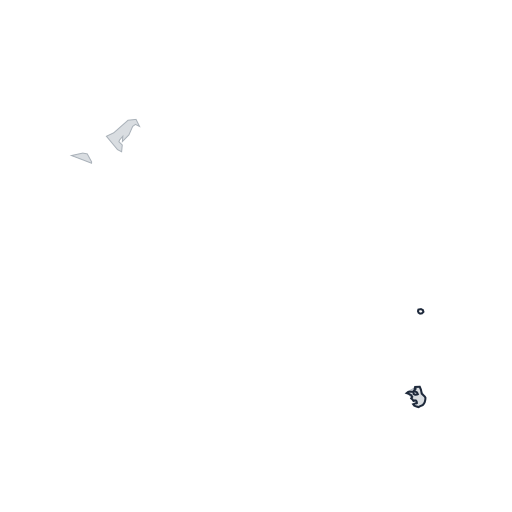 Vava'u highlighted on a map of Tonga, rotated 109°
{"feature_id": "TON-4946", "entity_name": "Vava'u", "entity_type": "state/province", "adm_level": 1, "iso_a3": "TON", "parent_name": "Tonga", "parent_adm1": "", "projection": "robinson", "projection_center": [-174.104, -18.692], "detail": "fine", "context": "in_parent", "style": "outline", "palette": "slate", "viewbox_px": 512, "rotation_deg": 109, "n_neighbors": 0, "source": "natural_earth", "source_scale": "10m", "svg_char_len": 1166}
<svg xmlns="http://www.w3.org/2000/svg" viewBox="0 0 512 512"><g transform="rotate(109 256 256)"><path d="M190.8,422.8L192.6,422.8L194.6,418.6L201.2,417.0L200.5,421.6L191.5,436.4L185.8,430.6L169.3,421.2L165.9,413.9L171.4,408.3L170.8,412.8L173.6,414.8L182.9,415.6L191.3,419.6L186.1,420.9L190.8,422.8ZM341.2,59.4L336.5,67.9L334.2,67.8L328.8,62.8L326.8,59.5L335.1,49.5L339.4,48.8L345.2,52.1L344.9,55.0L341.2,59.4ZM221.8,441.7L221.1,463.2L215.1,453.3L214.4,448.8L220.5,442.1L221.8,441.7Z" fill="#d9dde1" stroke="#a8b0b8" stroke-width="1"/><path d="M340.8,49.1L342.7,49.8L343.6,50.8L344.4,51.8L346.0,53.1L346.1,54.6L346.0,57.6L345.0,59.1L342.6,56.0L341.3,56.7L340.6,57.6L340.7,58.7L341.8,59.9L340.7,61.4L340.1,62.9L338.3,62.4L337.1,63.9L336.6,66.4L336.6,68.9L335.0,67.9L334.2,66.3L333.2,62.9L335.2,62.0L335.4,60.3L334.6,58.7L334.0,58.0L332.6,59.3L332.2,61.5L331.6,62.8L329.8,61.9L329.6,62.7L329.3,62.9L328.7,62.8L328.0,62.9L326.3,58.6L328.7,56.5L332.2,54.5L334.0,50.6L334.9,49.6L336.9,49.1L339.2,48.9L340.8,49.1ZM253.8,85.0L252.5,82.7L252.8,80.6L254.3,79.5L256.2,80.4L257.1,82.1L256.7,83.8L255.4,84.9L253.8,85.0Z" fill="none" stroke="#1e293b" stroke-width="2"/></g></svg>